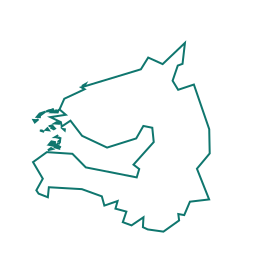 Dalabyggð, Vesturland, Iceland (Albers equal-area conic projection), rotated 12°
{"feature_id": "244011B70126368142347", "entity_name": "Dalabyggð", "entity_type": "district", "adm_level": 2, "iso_a3": "ISL", "parent_name": "Iceland", "parent_adm1": "Vesturland", "projection": "albers", "projection_center": [-22.364, 65.186], "detail": "medium", "context": "isolated", "style": "outline", "palette": "teal", "viewbox_px": 256, "rotation_deg": 12, "n_neighbors": 0, "source": "geoboundaries", "source_scale": "gbopen_adm2", "svg_char_len": 1821}
<svg xmlns="http://www.w3.org/2000/svg" viewBox="0 0 256 256"><g transform="rotate(12 128 128)"><path d="M222.2,181.0L203.9,153.5L213.2,135.9L207.7,112.3L183.4,71.8L169.1,80.2L161.8,72.5L163.7,56.6L168.0,53.9L166.0,32.9L148.6,58.3L133.1,54.9L128.4,67.9L73.9,97.9L77.5,99.1L59.6,112.6L57.2,124.0L55.1,126.2L54.0,125.7L53.4,126.7L50.6,127.6L49.7,128.6L56.0,127.4L56.3,125.0L57.4,124.2L64.4,128.0L49.8,133.5L61.1,136.2L62.9,140.3L70.2,132.8L84.7,145.2L111.6,151.5L138.2,136.5L142.6,122.8L151.7,122.7L156.1,136.4L141.0,162.7L147.5,165.8L146.8,174.5L94.9,175.3L79.0,164.8L53.6,168.5L42.2,181.1L55.2,195.3L51.3,208.0L54.2,210.8L64.0,212.4L62.9,202.4L95.6,197.4L116.6,200.3L121.0,208.8L133.0,201.6L132.5,209.5L143.8,210.1L142.5,221.2L151.7,222.5L161.7,212.1L163.2,221.9L168.4,223.1L184.2,222.0L197.2,207.8L195.1,201.7L201.1,201.5L203.9,187.2L222.2,181.0ZM66.3,160.9L60.9,159.0L57.7,158.8L57.1,160.2L56.2,159.3L54.4,160.9L66.3,160.9ZM43.9,129.1L38.6,132.2L36.5,136.1L40.5,135.6L38.0,135.8L43.9,129.1ZM46.7,149.2L44.2,148.3L42.4,148.8L46.7,149.2ZM51.7,126.4L50.7,125.2L50.2,125.4L49.3,126.3L48.0,126.6L47.5,127.2L46.8,127.2L44.4,128.9L51.7,126.4ZM53.2,141.3L50.0,142.8L53.3,141.6L52.9,143.9L55.6,144.7L56.7,143.7L53.2,141.3ZM60.5,138.1L56.8,137.3L55.2,138.8L60.5,138.1ZM60.3,156.9L55.9,157.0L54.8,159.1L60.3,156.9ZM38.6,138.1L36.6,139.4L33.8,139.8L35.7,141.9L38.6,138.1ZM64.8,162.2L59.3,162.0L64.9,162.5L64.8,162.2ZM58.8,164.2L56.9,163.6L54.3,166.4L58.8,164.2ZM51.1,146.7L49.2,145.0L47.9,147.0L51.1,146.7ZM74.2,96.5L76.9,94.9L77.3,93.7L74.2,96.5ZM64.8,157.4L62.6,157.7L61.6,157.8L64.8,157.4ZM66.6,143.6L66.5,142.4L64.7,142.5L66.6,143.6ZM64.3,155.7L64.1,153.8L62.9,155.3L64.3,155.7ZM64.9,152.2L62.7,151.7L62.1,152.1L64.9,152.2ZM59.5,151.9L61.2,149.6L58.5,152.1L59.5,151.9Z" fill="none" stroke="#0f766e" stroke-width="2"/></g></svg>